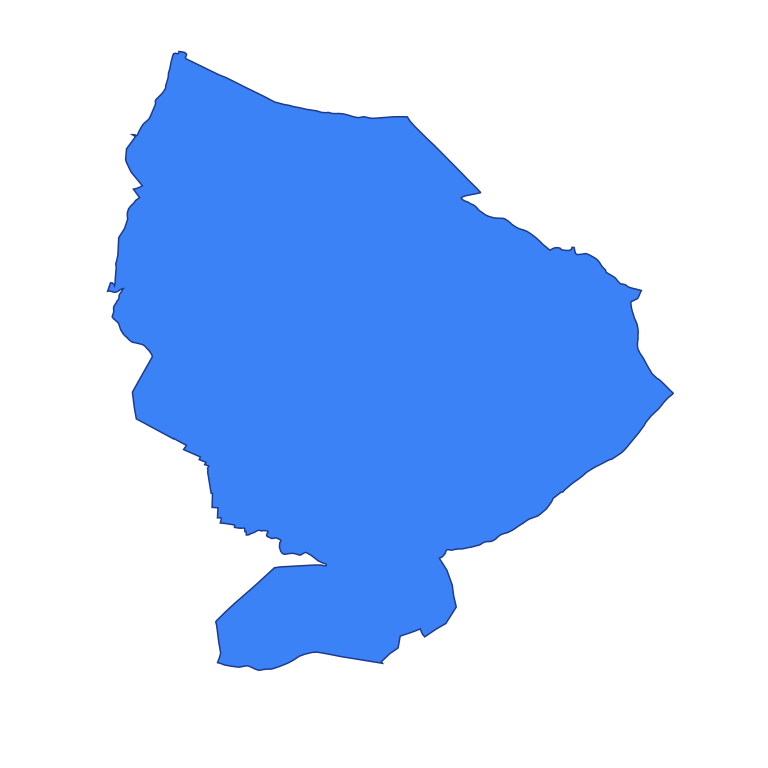 outline of Comanesti, Suceava, Romania, rotated 8°
{"feature_id": "2599482B69933741983623", "entity_name": "Comanesti", "entity_type": "district", "adm_level": 2, "iso_a3": "ROU", "parent_name": "Romania", "parent_adm1": "Suceava", "projection": "natural_earth1", "projection_center": [26.001, 47.659], "detail": "fine", "context": "isolated", "style": "filled", "palette": "blue", "viewbox_px": 768, "rotation_deg": 8, "n_neighbors": 0, "source": "geoboundaries", "source_scale": "gbopen_adm2", "svg_char_len": 6147}
<svg xmlns="http://www.w3.org/2000/svg" viewBox="0 0 768 768"><g transform="rotate(8 384 384)"><path d="M257.9,683.1L261.7,683.6L264.9,684.4L270.3,684.7L277.0,684.7L279.2,684.6L280.6,684.4L286.0,682.5L287.2,682.2L289.2,682.2L291.6,682.8L294.9,683.9L298.8,684.8L300.4,684.8L301.6,684.5L304.1,683.6L307.4,682.7L310.7,682.2L312.6,681.8L314.6,680.9L320.3,678.0L327.6,673.8L332.8,670.0L337.8,665.5L343.3,662.5L350.5,659.7L355.3,658.8L364.2,659.1L379.3,659.9L421.4,660.8L420.1,659.3L427.4,650.1L434.7,643.4L434.9,638.1L435.1,631.4L444.8,626.6L451.8,622.8L453.9,621.4L456.3,625.5L457.2,626.7L459.5,628.7L469.7,619.5L478.6,612.5L486.6,594.8L482.3,583.6L479.6,573.7L472.2,559.6L463.0,548.8L465.7,547.1L466.5,546.1L468.3,543.0L468.5,541.1L468.9,540.1L469.2,539.7L469.8,539.3L470.9,539.1L472.7,539.2L474.0,539.1L475.0,538.9L476.7,538.1L478.7,537.5L480.7,537.0L483.3,536.6L485.1,536.2L490.2,534.3L493.3,533.3L501.2,530.0L503.9,527.7L505.3,526.8L506.5,526.2L507.6,525.8L510.7,525.3L512.1,524.8L513.4,524.2L515.3,522.7L516.3,521.9L517.8,519.8L518.7,519.0L519.2,518.2L520.3,517.3L521.4,516.6L523.5,515.4L526.5,514.2L527.9,513.4L529.3,512.4L531.5,510.9L533.3,509.4L537.2,505.7L538.7,504.5L539.4,503.8L540.7,502.9L543.4,500.2L546.2,497.8L550.0,495.7L554.6,493.3L557.1,490.9L562.3,484.9L566.3,477.5L567.4,473.7L574.6,466.3L576.0,466.2L577.8,463.5L582.6,458.1L585.4,455.2L590.7,450.2L593.6,447.2L596.6,443.6L598.4,441.9L603.6,437.6L611.5,432.1L613.5,430.6L614.1,430.2L617.2,428.0L619.0,427.1L620.1,426.7L621.5,425.5L626.9,420.7L628.6,419.1L629.6,418.0L630.7,416.7L633.6,412.4L635.6,409.0L643.0,397.0L644.2,394.8L645.7,391.9L647.0,389.7L648.6,385.6L652.8,378.7L657.0,373.3L658.8,371.2L660.3,369.0L663.8,363.0L667.0,358.4L671.2,353.8L671.7,353.1L671.4,352.6L668.5,350.6L662.2,345.8L659.2,343.6L655.9,341.3L654.4,340.8L652.7,339.8L648.2,336.6L647.3,335.7L646.4,334.4L644.4,332.0L641.8,328.6L637.7,323.0L636.6,321.6L633.2,317.9L631.6,315.5L630.4,313.6L629.5,310.2L629.3,307.7L629.2,302.9L628.9,302.0L628.4,296.5L627.6,293.3L627.1,292.1L626.5,290.1L625.0,287.3L622.8,283.9L621.4,280.8L619.5,276.9L619.2,276.0L618.6,274.7L617.5,270.7L617.2,269.9L617.2,268.7L617.8,267.8L623.2,264.1L624.2,261.4L625.1,257.9L625.9,255.6L624.7,255.4L615.7,254.5L612.0,253.8L609.7,252.3L608.5,252.1L606.7,251.8L604.5,251.9L603.3,251.2L601.3,249.6L598.2,246.7L595.1,245.2L591.5,243.8L588.4,242.4L587.5,240.3L584.8,238.3L582.7,236.3L580.8,234.0L578.8,231.9L575.6,230.0L569.3,227.5L565.8,226.7L560.9,228.2L557.1,229.0L555.5,228.0L554.4,225.5L553.3,222.4L551.3,222.4L550.6,224.9L549.3,225.8L546.5,226.3L543.2,226.5L540.9,226.2L539.5,225.0L537.3,224.8L534.9,225.1L532.6,226.2L529.7,228.4L522.0,223.7L521.6,223.4L518.1,220.7L514.4,218.2L509.2,215.2L504.3,212.9L499.9,211.9L496.4,211.5L492.5,210.1L488.6,208.2L484.6,205.5L480.5,203.6L478.5,203.4L475.2,203.8L470.0,204.2L464.7,203.5L461.1,202.5L454.1,198.9L450.5,195.8L447.8,194.3L444.8,193.5L442.0,192.2L439.0,191.6L436.7,190.8L435.3,189.9L434.5,189.0L436.0,187.6L438.5,186.3L452.9,181.2L452.9,180.8L448.7,177.4L437.9,169.4L432.4,165.0L400.7,140.8L392.6,135.1L379.2,125.1L373.1,120.0L369.9,116.2L361.0,117.3L355.5,118.2L341.7,121.3L335.8,122.5L333.5,122.6L326.7,122.1L322.1,123.7L320.5,123.8L317.5,123.7L308.8,122.4L305.1,122.2L301.8,122.4L297.1,123.1L294.3,123.3L292.1,122.8L290.8,122.9L288.0,123.5L286.3,123.6L284.3,123.7L282.4,123.4L279.4,122.9L269.3,122.8L261.1,122.1L255.7,121.9L251.6,121.3L246.0,121.1L239.1,120.3L236.7,120.0L234.8,119.4L227.2,116.6L202.2,108.4L185.0,102.6L177.2,100.7L143.0,89.6L142.2,88.9L142.0,87.9L142.6,86.2L142.5,84.8L141.7,84.1L140.0,83.4L136.9,83.2L134.7,83.2L134.4,85.4L133.1,85.7L131.3,85.5L129.7,86.2L129.1,88.4L128.3,95.4L128.0,101.9L127.3,105.8L127.6,110.4L127.0,114.9L126.3,118.7L126.5,121.4L125.0,125.1L123.2,128.0L119.2,133.3L118.4,134.6L118.2,136.1L118.7,137.7L118.7,139.1L115.5,151.0L114.5,154.0L113.1,155.9L110.7,158.5L109.3,160.4L108.0,163.1L106.3,167.7L105.0,172.1L104.3,172.3L103.1,172.0L101.2,171.9L100.0,172.1L103.5,173.6L96.3,187.0L96.9,197.7L97.7,199.7L103.6,208.7L105.3,210.5L117.1,221.3L115.1,222.8L111.9,224.7L108.7,225.9L116.0,233.5L112.9,236.4L111.9,237.8L111.3,239.3L108.3,243.1L106.6,246.3L106.0,250.3L106.5,253.6L107.2,256.5L105.4,266.2L100.9,276.0L102.4,291.7L102.5,293.3L102.2,298.3L101.6,302.3L102.6,305.8L103.2,316.6L103.6,321.7L103.4,324.1L102.9,323.1L100.9,321.7L99.1,321.8L97.4,330.6L98.1,330.3L99.5,330.2L101.5,330.3L103.6,330.7L104.5,330.7L105.7,330.4L107.4,329.4L109.6,327.5L111.0,326.4L112.3,325.8L112.8,325.7L112.6,326.1L111.9,326.9L111.1,329.3L110.0,331.2L109.5,332.5L109.3,333.7L109.6,335.6L109.5,336.5L108.0,339.2L107.7,340.3L106.1,343.8L105.6,345.3L105.6,346.7L106.0,348.1L106.3,350.4L105.5,354.8L105.5,355.3L106.9,356.9L111.1,359.6L112.8,361.0L115.1,365.8L116.1,367.5L118.9,370.8L121.1,372.6L122.6,373.4L123.4,374.2L126.0,376.1L128.6,377.5L129.4,377.7L132.6,377.8L138.9,378.5L140.8,379.1L142.2,380.0L144.8,382.2L146.9,383.8L149.6,386.9L150.7,388.7L150.7,389.5L143.7,407.2L136.1,426.8L136.2,427.9L140.1,442.3L143.6,453.0L183.3,467.7L183.5,467.3L196.7,472.2L196.9,472.3L194.6,476.8L212.3,481.8L211.5,484.6L218.6,486.3L217.6,488.8L221.9,489.5L221.0,492.3L221.7,493.8L221.6,495.0L221.7,496.0L228.0,516.2L229.4,516.3L230.9,530.1L236.8,529.7L237.7,539.7L241.2,539.2L241.7,540.3L241.2,544.4L247.5,544.2L255.6,544.4L255.9,546.8L260.8,546.9L265.5,546.2L266.1,546.3L266.7,549.5L267.9,549.4L268.7,552.7L270.0,552.5L271.7,551.8L272.8,550.8L276.4,548.9L278.4,547.2L280.9,546.1L283.1,546.6L284.2,546.1L287.0,545.7L289.4,545.9L289.8,546.3L288.9,548.9L288.8,550.4L289.7,551.3L292.1,551.9L294.2,552.7L296.4,552.1L298.0,551.5L299.1,551.5L302.1,552.4L303.6,553.0L303.7,554.1L302.9,555.5L303.1,559.9L304.8,563.7L306.4,565.5L307.3,566.0L308.7,566.5L309.7,566.4L313.4,565.2L316.9,564.4L319.2,564.4L323.5,565.1L325.0,565.1L328.3,562.5L329.6,561.7L330.9,561.9L335.7,563.8L338.7,565.5L343.2,568.2L348.8,569.9L351.4,570.3L352.1,570.8L351.9,572.0L350.0,572.4L347.0,572.0L341.1,572.8L307.1,579.5L301.1,581.2L284.2,601.7L266.8,621.8L259.2,631.1L251.6,641.0L250.8,642.3L250.5,643.0L251.8,646.1L256.3,662.6L259.7,673.2L259.1,678.1L257.9,683.1Z" fill="#3b82f6" stroke="#1e3a8a" stroke-width="1.5"/></g></svg>